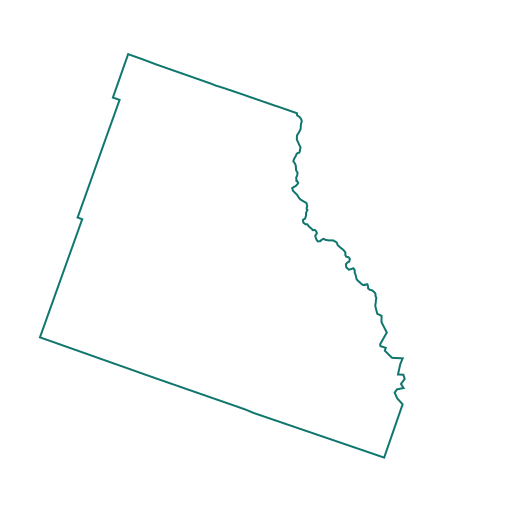 outline of Big Horn, Wyoming, United States of America, rotated 19°
{"feature_id": "52423323B54143119703480", "entity_name": "Big Horn", "entity_type": "district", "adm_level": 2, "iso_a3": "USA", "parent_name": "United States of America", "parent_adm1": "Wyoming", "projection": "orthographic", "projection_center": [-107.715, 44.584], "detail": "fine", "context": "isolated", "style": "outline", "palette": "teal", "viewbox_px": 512, "rotation_deg": 19, "n_neighbors": 0, "source": "geoboundaries", "source_scale": "gbopen_adm2", "svg_char_len": 2132}
<svg xmlns="http://www.w3.org/2000/svg" viewBox="0 0 512 512"><g transform="rotate(19 256 256)"><path d="M442.8,404.9L442.9,348.5L435.8,344.6L431.6,340.0L432.7,336.2L438.5,332.8L434.7,329.8L436.6,323.8L434.0,320.3L428.8,321.8L427.6,311.1L428.0,305.0L417.8,308.0L408.6,303.6L408.6,300.6L403.0,300.7L402.1,299.0L404.6,285.8L396.2,277.7L394.2,271.7L389.4,271.1L385.3,264.8L384.9,264.0L384.3,260.7L383.6,258.0L383.5,256.5L382.0,254.9L381.5,253.3L380.4,252.1L378.6,251.3L376.7,250.6L374.8,250.9L372.6,250.2L371.8,248.2L370.5,246.5L369.0,247.2L369.2,247.4L368.5,247.9L367.4,248.3L366.6,248.6L364.4,247.9L362.6,247.1L360.2,246.1L358.7,245.2L356.6,241.8L354.7,239.5L354.0,237.3L352.0,235.9L351.1,236.7L348.3,238.7L345.0,237.3L343.7,234.4L344.6,232.3L346.0,230.9L345.7,228.2L344.0,227.0L341.5,227.3L340.0,225.8L339.5,223.7L336.9,221.9L333.0,220.5L329.8,219.2L327.9,216.9L324.0,216.1L321.6,216.9L319.6,217.6L316.5,218.1L314.2,217.8L312.6,219.6L312.0,221.1L310.4,221.8L309.6,222.0L308.2,221.1L306.7,219.5L305.4,217.6L306.2,214.7L304.8,213.0L303.1,212.2L301.3,213.1L299.7,212.1L296.7,211.0L294.1,209.3L292.6,209.9L290.0,209.1L288.9,207.2L288.7,206.4L290.2,204.8L290.2,201.5L289.3,199.1L289.4,197.5L289.6,195.6L288.6,195.1L288.2,194.0L288.2,192.2L286.5,189.5L283.4,188.9L279.3,188.0L277.0,186.5L275.0,184.8L269.9,182.4L268.1,180.1L269.5,178.1L270.6,177.2L271.9,174.4L272.1,173.2L270.7,171.9L270.0,172.1L269.4,171.2L269.4,170.4L268.5,169.1L268.7,166.4L268.2,163.8L267.6,163.3L265.9,161.7L264.2,157.6L262.7,155.9L260.4,154.2L260.4,151.5L260.9,149.5L261.3,145.8L262.7,144.5L263.2,144.3L263.4,142.9L263.0,141.4L262.8,138.9L260.9,137.0L258.6,134.6L256.7,132.6L255.5,128.7L256.3,125.3L256.6,123.6L256.8,122.0L256.6,120.2L256.0,118.6L255.5,116.0L255.5,113.9L254.2,111.9L252.0,110.4L249.1,109.6L248.2,107.9L248.2,107.7L226.5,107.6L225.7,107.7L188.3,107.6L170.9,107.7L165.9,107.8L163.1,108.0L157.6,107.7L99.8,107.4L83.3,106.9L80.2,106.9L69.4,106.8L69.1,152.8L76.2,152.8L75.7,193.3L75.1,252.2L74.8,277.7L79.7,277.8L79.3,310.5L78.2,403.3L84.2,403.3L201.6,404.3L295.9,404.6L305.4,405.2L442.8,404.9Z" fill="none" stroke="#0f766e" stroke-width="2"/></g></svg>